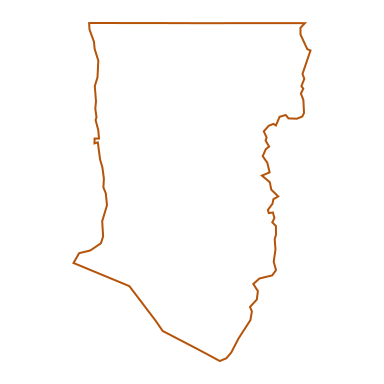 Taos, New Mexico, United States of America (Albers equal-area conic projection)
{"feature_id": "52423323B45931261508118", "entity_name": "Taos", "entity_type": "district", "adm_level": 2, "iso_a3": "USA", "parent_name": "United States of America", "parent_adm1": "New Mexico", "projection": "albers", "projection_center": [-105.561, 36.505], "detail": "fine", "context": "isolated", "style": "outline", "palette": "amber", "viewbox_px": 384, "rotation_deg": 0, "n_neighbors": 0, "source": "geoboundaries", "source_scale": "gbopen_adm2", "svg_char_len": 1344}
<svg xmlns="http://www.w3.org/2000/svg" viewBox="0 0 384 384"><path d="M89.1,23.1L89.5,29.5L94.0,41.9L94.6,48.8L98.3,60.6L97.5,77.3L94.8,86.1L96.0,101.4L95.3,108.6L96.5,117.4L95.6,120.0L98.3,130.4L99.0,138.5L94.6,138.5L94.5,143.4L97.8,142.4L100.1,159.6L102.4,167.4L103.9,178.7L103.4,187.4L105.8,193.4L107.0,205.2L102.2,221.2L103.1,236.5L100.9,243.3L90.2,250.5L79.1,253.2L73.5,263.0L129.3,286.1L134.5,292.9L155.6,320.7L162.7,331.0L196.8,348.7L219.8,361.0L226.3,358.3L231.2,352.6L238.5,338.5L250.4,320.1L251.9,311.4L250.0,306.9L256.8,299.6L257.9,291.1L253.3,284.0L259.4,278.5L272.2,275.4L276.0,270.1L273.7,261.7L275.5,249.4L274.7,239.2L276.0,234.6L275.9,226.0L272.3,222.4L274.4,218.0L272.9,212.5L268.8,213.1L267.9,209.9L272.5,203.7L273.4,199.2L278.2,196.4L271.3,189.7L269.8,182.2L261.9,175.6L269.6,172.4L267.3,162.7L262.7,156.2L265.8,149.2L269.1,146.5L265.6,140.6L266.6,137.5L263.8,131.3L268.8,125.7L273.5,123.9L275.9,125.5L279.6,116.8L285.7,115.0L288.5,118.4L296.9,118.7L302.3,116.5L304.0,113.0L303.4,100.1L300.9,93.5L303.3,88.7L301.4,86.2L304.3,78.8L302.5,73.9L310.5,50.5L307.3,49.2L300.5,34.5L300.5,27.8L304.8,23.2L304.7,23.2L296.3,23.1L250.2,23.1L243.8,23.1L242.5,23.1L237.6,23.1L225.6,23.1L224.6,23.2L218.7,23.2L193.1,23.2L182.8,23.1L168.6,23.1L168.1,23.1L91.8,23.0L91.5,23.0L89.1,23.1Z" fill="none" stroke="#b45309" stroke-width="2"/></svg>